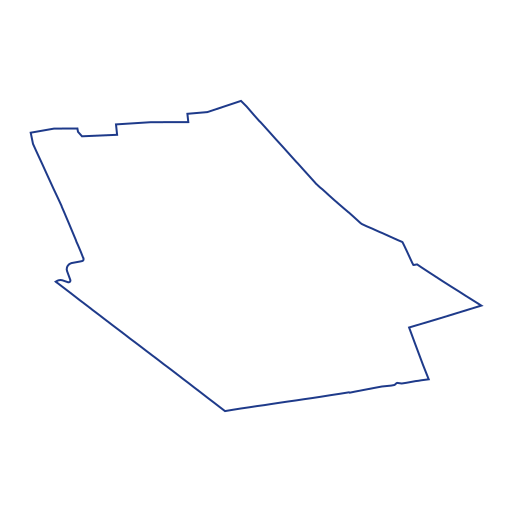 outline of Valcani, Timis, Romania
{"feature_id": "2599482B41795627389430", "entity_name": "Valcani", "entity_type": "district", "adm_level": 2, "iso_a3": "ROU", "parent_name": "Romania", "parent_adm1": "Timis", "projection": "natural_earth1", "projection_center": [20.407, 46.006], "detail": "fine", "context": "isolated", "style": "outline", "palette": "blue", "viewbox_px": 512, "rotation_deg": 0, "n_neighbors": 0, "source": "geoboundaries", "source_scale": "gbopen_adm2", "svg_char_len": 2158}
<svg xmlns="http://www.w3.org/2000/svg" viewBox="0 0 512 512"><path d="M481.3,305.6L473.7,300.8L466.0,296.0L458.4,291.1L450.7,286.3L442.2,280.9L429.9,272.9L421.2,267.2L417.1,264.4L413.7,265.0L413.3,264.9L412.8,263.9L412.3,263.0L406.9,251.3L404.0,245.2L402.5,242.2L402.1,241.9L397.6,240.0L389.2,236.2L381.9,232.9L379.9,232.1L375.0,229.9L372.2,228.6L366.7,226.3L361.8,224.0L360.7,223.2L360.2,222.8L353.2,216.4L348.6,212.3L348.2,212.1L347.8,211.7L343.9,208.4L339.6,204.7L334.4,200.2L328.5,194.9L322.5,189.4L320.0,187.4L315.9,183.6L314.9,182.4L311.1,178.2L302.7,168.9L297.7,163.3L296.3,161.9L291.1,156.1L290.1,155.0L283.5,147.6L276.0,139.4L269.4,132.0L262.1,123.9L260.0,121.6L259.7,121.5L254.1,115.2L246.6,106.5L241.0,100.9L231.4,104.1L207.3,112.1L187.4,113.8L188.3,122.1L150.7,122.2L116.0,124.4L117.1,134.8L82.0,136.3L78.0,131.8L77.4,128.5L54.0,128.6L48.9,129.5L30.7,132.7L31.1,134.6L33.0,143.9L36.3,151.2L39.4,157.9L42.6,164.8L46.4,173.2L49.7,180.4L53.4,188.5L57.6,197.4L61.5,205.8L61.8,206.8L64.2,212.3L66.6,218.0L68.9,223.4L71.2,228.9L73.5,234.4L75.8,239.9L76.5,241.9L78.0,245.2L80.8,251.8L83.3,258.2L83.5,258.3L83.5,259.8L83.0,260.6L82.3,261.0L80.6,261.4L71.4,263.1L69.3,264.1L67.8,265.7L67.0,267.3L66.7,269.4L67.1,271.2L70.3,279.9L70.4,280.8L70.0,281.7L69.1,282.2L68.2,282.3L62.4,280.3L60.5,280.0L58.6,280.3L57.5,280.7L55.7,281.7L55.9,281.9L57.6,283.1L64.8,288.6L72.1,294.2L79.4,299.9L86.7,305.4L91.5,309.1L92.2,309.7L97.4,313.6L103.9,318.6L112.0,324.8L117.7,329.1L123.5,333.5L129.8,338.4L135.7,342.8L141.5,347.2L146.3,350.9L151.7,355.0L157.7,359.5L163.6,364.1L171.0,369.6L177.1,374.3L182.9,378.8L188.6,383.1L194.1,387.4L199.9,391.8L208.4,398.4L213.7,402.4L219.4,406.8L225.0,411.1L232.7,409.8L240.8,408.5L249.2,407.3L256.9,406.1L264.5,405.1L271.4,404.0L279.3,402.8L287.4,401.6L296.2,400.4L304.0,399.2L311.9,398.1L321.1,396.7L331.0,395.1L339.7,393.8L349.0,392.3L349.7,392.7L355.0,391.6L374.4,387.9L381.9,386.5L391.1,385.6L393.8,385.1L394.6,384.9L396.5,383.2L397.2,382.9L401.7,383.5L406.4,382.8L415.6,381.1L418.4,380.8L421.1,380.3L428.7,379.3L423.0,364.9L414.7,342.7L409.1,327.5L440.3,318.2L481.3,305.6Z" fill="none" stroke="#1e3a8a" stroke-width="2"/></svg>